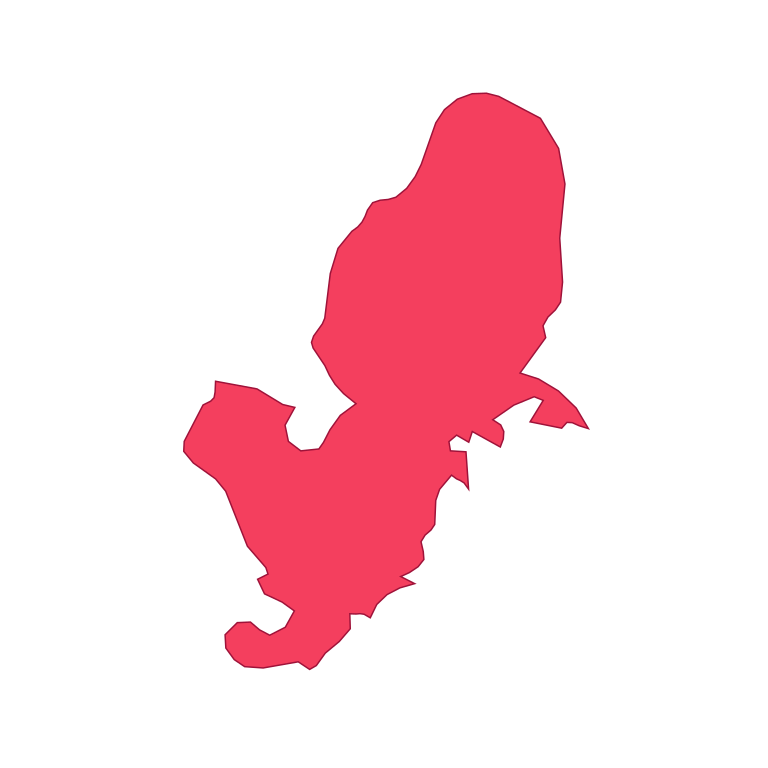 the border of Martinique, rotated 60°
{"feature_id": "FRA-1442", "entity_name": "Martinique", "entity_type": "Overseas department", "adm_level": 1, "iso_a3": "FRA", "parent_name": "France", "parent_adm1": "", "projection": "robinson", "projection_center": [-60.978, 14.643], "detail": "fine", "context": "isolated", "style": "filled", "palette": "rose", "viewbox_px": 768, "rotation_deg": 60, "n_neighbors": 0, "source": "natural_earth", "source_scale": "10m", "svg_char_len": 1766}
<svg xmlns="http://www.w3.org/2000/svg" viewBox="0 0 768 768"><g transform="rotate(60 384 384)"><path d="M594.0,591.1L581.7,597.2L569.5,630.6L559.1,646.0L547.8,651.5L533.6,653.0L521.7,647.0L517.3,630.4L523.4,618.7L534.7,614.7L544.4,608.6L545.3,591.1L535.7,575.1L521.9,581.3L506.0,592.4L489.9,591.1L490.6,579.5L483.9,578.1L456.2,583.4L397.7,574.7L382.0,577.3L357.1,588.6L342.2,591.1L333.8,585.7L311.7,551.2L312.2,542.7L310.9,538.0L306.5,534.3L297.4,528.5L324.8,496.4L351.1,482.0L359.7,472.9L370.2,490.3L385.9,495.5L400.3,489.5L407.7,472.9L404.3,465.6L396.6,453.6L389.3,437.5L387.1,418.1L372.1,423.8L359.9,426.5L349.2,426.9L338.5,426.0L317.4,427.4L311.7,426.0L307.3,421.0L301.1,407.3L297.4,402.4L261.5,375.3L243.5,356.0L235.7,335.5L234.9,328.3L232.8,322.1L229.4,316.6L225.1,311.3L221.3,303.1L222.9,295.5L226.3,288.0L228.2,280.3L225.9,266.5L220.0,253.3L212.4,241.9L183.7,208.5L176.6,194.4L174.0,178.1L176.7,162.5L183.4,149.9L192.3,140.8L232.1,115.7L267.3,115.0L301.3,127.3L345.6,158.9L385.0,178.4L401.4,190.2L405.5,198.5L408.0,208.6L413.1,217.2L424.7,220.8L442.5,260.7L457.0,247.6L477.3,236.4L500.8,229.6L524.8,229.3L517.8,235.8L511.6,240.3L508.7,244.8L511.1,252.2L489.8,276.4L477.8,254.3L470.1,260.3L467.2,282.1L469.3,307.7L477.8,303.4L485.0,304.0L491.3,308.2L496.7,314.8L469.3,331.3L476.8,339.7L464.6,346.7L466.4,356.6L475.1,359.9L483.7,346.9L517.3,363.3L509.7,364.1L505.7,366.2L502.4,368.6L496.7,371.1L503.0,388.5L510.7,397.4L531.0,410.3L533.9,416.2L535.4,424.0L539.1,430.8L548.8,433.8L555.9,437.2L559.3,445.8L560.0,456.3L559.1,465.8L572.2,457.3L568.5,472.2L567.9,486.7L571.3,500.5L579.6,512.8L573.4,516.4L570.9,519.6L569.2,523.2L565.9,528.5L579.1,535.6L584.6,551.4L587.7,569.4L594.0,583.4L594.0,591.1Z" fill="#f43f5e" stroke="#9f1239" stroke-width="1.5"/></g></svg>